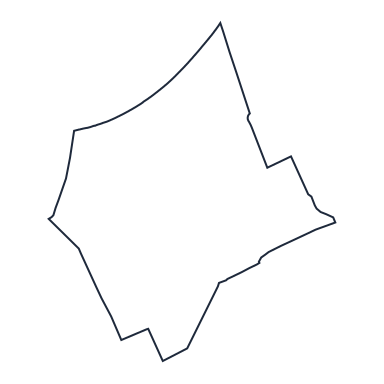 the district of Al Attarin, Al Iskandariyah, Egypt
{"feature_id": "37247803B2309887607754", "entity_name": "Al Attarin", "entity_type": "district", "adm_level": 2, "iso_a3": "EGY", "parent_name": "Egypt", "parent_adm1": "Al Iskandariyah", "projection": "orthographic", "projection_center": [29.903, 31.198], "detail": "fine", "context": "isolated", "style": "outline", "palette": "slate", "viewbox_px": 384, "rotation_deg": 0, "n_neighbors": 0, "source": "geoboundaries", "source_scale": "gbopen_adm2", "svg_char_len": 5615}
<svg xmlns="http://www.w3.org/2000/svg" viewBox="0 0 384 384"><path d="M121.3,340.0L136.9,333.4L146.6,329.3L148.2,328.8L162.7,360.8L162.8,361.0L187.2,348.4L213.7,294.9L217.9,286.4L219.0,282.9L226.1,280.3L227.4,279.0L241.6,272.2L249.5,268.0L256.8,264.5L259.4,262.9L258.9,261.7L261.2,257.5L265.3,254.6L268.7,252.0L280.7,246.0L283.7,244.6L304.1,235.1L315.5,229.7L320.4,227.9L323.5,226.8L335.3,222.5L333.2,217.4L326.2,214.2L320.6,212.0L316.6,208.6L314.8,205.4L311.4,196.6L308.2,194.3L291.0,156.4L267.3,167.7L251.8,127.6L251.5,126.9L251.2,126.2L250.9,125.5L250.6,124.8L250.2,124.1L249.9,123.4L249.5,122.8L249.2,122.1L248.5,121.0L248.3,120.7L248.2,120.3L248.1,120.1L248.0,119.8L247.8,119.4L247.8,119.0L247.7,118.6L247.7,118.2L247.7,117.8L247.7,117.4L247.8,117.0L247.9,116.6L247.9,116.4L248.0,116.0L248.2,115.6L248.3,115.4L248.5,115.1L248.7,114.7L248.9,114.4L249.2,114.1L249.5,113.8L249.8,113.5L236.5,72.9L229.6,52.2L223.1,31.4L220.3,23.0L220.1,23.3L220.0,23.5L219.7,23.9L219.4,24.4L219.3,24.5L218.6,25.6L218.5,25.8L218.3,26.0L218.2,26.2L217.6,27.0L217.2,27.6L217.0,27.8L216.9,28.0L216.2,29.0L215.8,29.5L215.7,29.7L215.5,29.9L215.4,30.1L215.3,30.3L215.1,30.4L215.0,30.6L214.8,30.8L214.7,31.0L214.4,31.3L214.3,31.5L214.1,31.7L214.0,32.0L213.8,32.2L213.6,32.5L213.4,32.7L213.3,32.9L213.0,33.3L212.8,33.5L212.2,34.3L212.0,34.5L211.9,34.7L211.8,34.9L211.1,35.7L210.8,36.0L210.7,36.2L210.2,36.7L210.0,37.1L209.9,37.2L209.7,37.3L209.5,37.6L209.3,37.9L209.1,38.2L208.9,38.3L208.8,38.5L208.7,38.7L208.5,38.8L208.3,39.0L208.2,39.3L208.0,39.5L207.7,39.8L207.5,40.1L207.3,40.4L207.0,40.7L206.7,41.0L205.7,42.3L205.3,42.7L205.1,42.9L204.9,43.2L204.6,43.6L204.3,43.9L204.1,44.2L203.8,44.5L203.4,45.0L203.1,45.3L202.8,45.7L202.1,46.5L201.7,47.0L201.0,47.9L200.6,48.4L199.3,49.9L198.5,50.9L198.1,51.3L197.7,51.8L197.4,52.2L197.0,52.6L196.7,52.9L196.2,53.6L195.9,53.9L195.7,54.1L195.5,54.3L195.4,54.5L195.2,54.6L195.1,54.8L194.9,55.1L194.7,55.2L194.6,55.3L194.4,55.6L193.9,56.1L193.7,56.4L193.4,56.7L193.1,57.0L192.8,57.5L192.3,58.0L191.9,58.5L191.7,58.7L191.4,59.0L191.1,59.3L190.8,59.7L190.6,59.9L190.4,60.1L190.1,60.4L190.0,60.6L189.1,61.6L188.9,61.8L188.7,62.0L188.4,62.4L188.2,62.7L188.0,62.9L187.8,63.1L187.6,63.3L187.3,63.6L187.1,63.8L186.9,64.0L186.6,64.4L186.1,64.9L186.0,65.0L185.8,65.2L185.6,65.4L185.4,65.6L185.2,65.9L184.9,66.1L184.7,66.4L184.4,66.8L184.0,67.1L183.0,68.2L182.7,68.5L182.4,68.8L182.0,69.2L181.8,69.4L181.6,69.6L181.3,69.9L181.0,70.2L179.9,71.4L179.6,71.7L178.7,72.5L178.1,73.2L177.5,73.8L176.8,74.5L176.5,74.8L175.9,75.4L175.1,76.3L174.5,76.8L174.2,77.1L174.0,77.3L173.7,77.6L173.5,77.8L173.3,78.0L173.1,78.2L172.9,78.4L172.7,78.6L172.3,78.9L172.1,79.1L171.9,79.4L171.6,79.6L171.4,79.8L171.1,80.1L170.7,80.4L170.4,80.8L169.2,81.8L168.9,82.1L168.5,82.5L168.2,82.8L167.8,83.1L167.2,83.7L166.9,83.9L166.6,84.2L166.0,84.7L165.7,85.0L165.3,85.2L165.0,85.5L164.7,85.7L164.6,85.9L164.0,86.4L163.6,86.7L163.0,87.2L162.6,87.5L162.3,87.8L161.9,88.1L161.5,88.4L161.1,88.7L160.8,88.9L160.6,89.2L160.2,89.5L159.7,89.9L159.1,90.3L158.5,90.8L156.8,92.2L156.2,92.6L155.7,93.0L155.2,93.4L154.7,93.8L154.3,94.1L153.8,94.5L153.4,94.8L153.1,95.1L152.7,95.3L152.1,95.8L151.7,96.0L151.5,96.3L151.2,96.5L150.9,96.7L150.4,97.0L150.2,97.2L150.0,97.3L149.8,97.5L149.6,97.6L149.2,97.8L148.4,98.5L148.2,98.6L147.9,98.8L147.7,99.0L147.3,99.2L147.1,99.4L146.9,99.5L146.6,99.7L146.4,99.8L146.1,100.0L145.7,100.3L145.2,100.6L144.9,100.8L144.6,101.0L144.4,101.1L144.1,101.3L143.7,101.6L143.1,102.1L142.9,102.3L142.7,102.4L142.6,102.6L142.4,102.7L142.0,103.0L141.8,103.1L141.3,103.5L141.1,103.6L140.8,103.8L140.6,104.0L140.3,104.1L140.1,104.3L139.8,104.5L139.5,104.6L139.1,104.9L138.8,105.1L138.4,105.3L137.6,105.8L137.3,106.0L137.2,106.1L136.5,106.5L135.7,107.0L135.1,107.4L134.4,107.7L134.1,107.9L133.9,108.1L133.6,108.2L133.4,108.4L133.1,108.5L131.3,109.6L131.1,109.7L130.9,109.8L130.5,110.0L130.1,110.2L129.9,110.3L129.6,110.5L129.4,110.6L129.2,110.7L129.1,110.8L128.9,110.9L128.7,111.1L128.1,111.4L127.9,111.5L127.4,111.7L127.2,111.8L126.8,112.1L126.6,112.2L126.4,112.3L126.2,112.4L126.0,112.5L125.6,112.7L125.5,112.8L125.3,112.9L125.1,113.0L124.9,113.1L124.6,113.2L124.4,113.4L124.1,113.5L123.8,113.7L123.4,113.9L123.0,114.1L122.6,114.3L122.2,114.5L121.7,114.8L121.2,115.0L120.6,115.3L120.0,115.6L119.5,115.9L118.9,116.2L118.1,116.5L117.6,116.8L117.0,117.1L116.4,117.4L115.2,118.0L114.1,118.5L113.0,119.0L112.5,119.2L112.0,119.5L111.4,119.7L110.9,119.9L109.9,120.4L108.9,120.8L108.5,121.0L108.0,121.2L107.7,121.3L107.3,121.5L107.0,121.6L106.7,121.7L106.2,121.9L105.8,122.0L105.5,122.1L105.3,122.2L104.7,122.3L104.3,122.5L103.1,122.8L102.8,123.0L102.6,123.0L102.3,123.1L102.2,123.2L102.0,123.3L101.9,123.4L101.4,123.5L101.2,123.6L100.5,123.8L100.3,123.9L100.0,124.0L98.9,124.3L98.6,124.4L97.6,124.7L97.0,124.9L96.9,125.0L96.7,125.0L96.3,125.2L96.1,125.3L95.9,125.4L95.6,125.5L95.4,125.6L95.2,125.7L94.9,125.8L94.7,125.8L94.5,125.7L94.3,125.8L94.1,125.8L93.9,125.8L93.2,126.1L92.6,126.2L92.4,126.3L92.2,126.4L91.8,126.6L91.3,126.7L90.8,126.9L90.3,127.1L90.0,127.1L89.2,127.4L88.9,127.4L88.7,127.5L88.1,127.7L87.5,127.8L87.3,127.8L87.2,127.9L86.1,128.0L85.7,128.1L85.3,128.2L85.2,128.2L84.6,128.3L83.7,128.5L83.1,128.6L82.8,128.7L82.3,128.8L82.1,128.9L81.4,129.0L81.1,129.1L80.8,129.2L80.6,129.2L80.1,129.4L79.5,129.5L79.1,129.5L78.6,129.7L78.3,129.7L78.1,129.8L76.4,130.2L76.1,130.3L74.9,130.6L74.5,130.7L74.1,130.8L70.0,157.9L67.5,170.8L66.0,178.5L58.5,200.1L55.6,207.9L53.4,215.2L51.6,217.1L48.7,218.9L49.0,219.2L78.8,248.6L80.8,253.3L96.2,286.9L101.6,298.4L111.2,316.5L121.3,340.0Z" fill="none" stroke="#1e293b" stroke-width="2"/></svg>